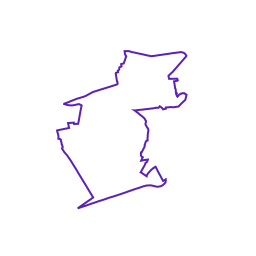 Xaloztoc, Tlaxcala, Mexico (orthographic projection), rotated 311°
{"feature_id": "50627088B11287751842327", "entity_name": "Xaloztoc", "entity_type": "district", "adm_level": 2, "iso_a3": "MEX", "parent_name": "Mexico", "parent_adm1": "Tlaxcala", "projection": "orthographic", "projection_center": [-98.026, 19.412], "detail": "fine", "context": "isolated", "style": "outline", "palette": "violet", "viewbox_px": 256, "rotation_deg": 311, "n_neighbors": 0, "source": "geoboundaries", "source_scale": "gbopen_adm2", "svg_char_len": 5585}
<svg xmlns="http://www.w3.org/2000/svg" viewBox="0 0 256 256"><g transform="rotate(311 128 128)"><path d="M34.4,142.7L34.8,143.0L43.3,148.0L44.7,148.8L46.1,149.6L47.4,150.3L49.0,151.3L49.9,151.8L53.7,154.0L54.3,154.4L56.4,155.7L59.6,157.6L63.0,159.5L65.6,161.2L68.2,162.8L73.6,166.0L76.2,167.5L78.8,169.0L79.0,169.1L81.1,170.3L87.4,173.9L89.8,175.4L92.2,176.8L93.1,177.3L94.0,177.8L94.8,178.4L96.3,179.4L96.9,179.9L97.7,180.7L98.3,181.3L98.9,182.0L99.3,182.4L99.7,182.9L100.8,184.8L101.1,185.4L101.5,186.1L101.7,186.7L102.4,187.9L102.6,188.3L102.9,188.6L103.5,189.3L103.9,189.6L104.4,190.0L104.8,190.4L105.3,190.7L105.9,191.0L106.3,191.2L106.7,191.4L107.3,191.6L108.2,191.8L108.5,191.8L109.1,191.9L109.6,192.0L110.4,192.0L111.5,192.0L111.8,191.9L111.9,191.7L112.1,191.6L112.3,191.5L112.4,191.4L112.7,191.2L112.9,191.1L113.1,191.0L113.3,190.8L113.6,190.6L113.8,190.4L114.0,190.2L112.2,189.6L111.6,189.4L111.1,189.2L111.7,187.5L112.0,186.8L112.3,185.9L113.0,184.2L113.7,182.2L115.0,178.8L115.4,177.8L116.0,176.4L116.2,175.8L116.5,175.1L116.8,174.6L116.9,174.3L116.9,174.2L116.6,174.1L116.3,174.0L115.7,173.8L115.4,173.7L115.1,173.6L114.8,173.7L114.6,173.7L114.3,173.5L114.0,173.3L113.7,173.3L113.1,173.3L112.8,173.2L112.5,173.1L112.0,173.0L111.5,173.0L110.9,172.9L110.6,172.9L109.7,173.0L109.3,172.9L108.2,172.9L106.8,172.9L106.5,172.9L105.8,173.0L105.4,173.1L104.1,173.5L103.8,173.7L103.6,172.4L103.5,171.0L103.2,168.8L103.1,167.8L103.0,167.4L103.0,167.1L102.9,166.6L103.8,166.5L104.3,166.4L105.3,166.1L106.4,165.9L107.8,165.6L108.4,165.5L108.9,165.4L109.7,165.3L110.8,165.0L111.2,164.9L111.6,164.8L112.0,164.7L112.9,164.2L113.1,164.1L114.5,164.6L115.3,164.4L115.8,164.3L117.2,163.7L116.9,163.4L115.8,162.5L115.5,162.2L115.0,161.7L114.0,160.9L113.6,160.6L112.0,159.4L115.1,158.4L115.6,158.4L115.7,158.2L115.5,157.8L115.3,157.4L115.4,157.2L115.6,156.3L115.6,156.1L115.7,155.8L116.8,154.9L118.0,153.9L118.2,154.2L118.3,154.3L120.1,153.9L121.8,153.5L123.8,153.0L124.2,152.9L125.2,152.6L125.4,152.3L126.0,151.8L126.3,151.6L126.8,151.5L127.7,151.1L127.9,151.0L128.4,150.8L129.0,150.6L129.3,150.4L129.9,150.3L130.1,150.3L130.4,150.3L130.5,150.4L130.7,150.5L131.3,150.9L131.4,151.0L131.6,150.9L132.2,150.3L132.6,149.8L133.3,149.3L133.8,149.0L135.9,147.3L137.6,146.2L138.2,145.8L138.7,145.5L139.2,145.3L139.4,145.2L139.6,145.0L139.9,144.6L140.3,144.1L140.6,143.4L140.8,143.1L140.9,142.9L140.9,142.6L140.9,142.2L141.0,142.0L141.6,140.3L141.7,139.9L142.2,138.9L142.5,138.5L142.8,138.3L143.1,138.1L143.7,137.9L144.2,137.7L144.8,137.2L145.0,137.1L145.1,136.9L145.4,136.1L145.4,135.7L145.5,135.2L145.8,134.8L146.0,134.4L146.1,131.1L145.9,128.2L145.9,124.9L145.7,123.7L145.8,122.7L145.6,121.4L146.1,122.0L149.9,125.4L151.5,127.0L152.7,128.0L152.9,128.2L154.3,129.5L155.7,130.8L155.8,130.8L157.1,132.1L157.4,132.3L158.7,133.4L158.9,133.8L160.1,134.7L160.6,135.1L161.7,135.9L161.9,136.2L163.4,137.8L164.0,137.8L165.2,137.7L165.4,139.9L165.5,140.0L165.2,141.9L165.1,142.2L167.4,143.9L168.3,143.1L168.8,143.6L169.3,144.0L170.0,144.8L170.7,145.5L171.6,146.2L172.2,147.0L172.8,147.9L173.6,148.8L177.3,152.0L182.5,152.3L186.8,152.8L191.5,150.4L191.5,149.9L191.3,149.5L191.2,149.3L191.2,149.1L191.2,148.6L191.2,148.4L191.3,148.2L191.3,147.9L191.2,147.6L191.1,147.4L190.6,147.1L190.5,146.8L190.3,146.6L190.1,146.3L189.8,146.2L189.6,146.1L189.2,146.0L189.0,145.8L188.7,145.7L188.4,145.4L188.2,145.3L188.2,145.2L187.6,145.1L187.4,145.0L187.1,145.0L186.9,144.9L186.5,144.8L186.2,144.8L185.9,144.8L185.4,144.8L184.7,144.8L184.1,144.8L184.2,144.1L185.0,142.5L185.4,142.1L185.7,142.3L185.9,142.3L186.1,142.3L186.2,142.2L186.3,142.1L186.3,141.9L185.9,141.4L186.2,141.2L186.7,140.3L187.1,140.0L187.5,139.6L187.8,139.4L188.5,138.5L188.8,137.9L188.8,137.6L189.3,137.1L190.0,136.2L191.8,134.2L193.4,132.1L194.4,132.9L194.8,133.2L196.4,134.4L196.5,134.4L197.2,133.4L197.5,132.8L192.1,126.8L192.3,126.6L192.4,126.3L193.8,124.4L194.0,124.3L198.0,124.7L199.3,124.9L199.8,124.9L202.6,124.9L209.4,124.9L217.6,124.9L219.9,124.9L220.5,124.8L220.8,124.7L221.0,124.3L221.1,123.8L221.2,123.4L221.4,121.9L221.5,121.7L221.2,120.5L220.7,119.4L219.8,117.9L218.4,116.7L215.6,114.3L215.6,114.2L213.2,112.1L210.0,109.4L206.9,106.7L203.8,104.0L200.7,101.4L197.5,98.5L195.7,95.4L194.6,93.3L193.7,91.6L191.5,87.7L189.4,83.8L187.8,81.0L186.6,78.2L183.8,75.0L181.7,77.3L181.0,79.6L180.7,79.8L180.4,79.7L178.1,80.8L173.9,82.4L171.7,80.9L170.2,82.7L168.2,81.7L166.2,83.0L164.5,82.8L163.6,83.9L161.7,82.7L161.0,83.0L159.5,84.9L157.7,87.0L156.0,89.1L156.1,89.4L155.1,90.6L154.4,91.2L154.1,91.3L152.1,90.2L144.6,85.6L142.7,84.4L138.2,81.6L136.2,80.4L135.4,79.9L134.4,79.3L132.6,78.2L132.2,78.0L131.7,77.8L130.8,77.4L127.3,76.1L124.6,75.1L123.7,74.7L121.2,73.2L118.8,71.7L117.6,70.9L116.4,70.2L113.6,68.7L112.8,68.3L112.1,67.9L109.1,66.4L106.7,65.2L104.9,64.1L104.4,63.9L104.2,64.0L105.1,66.1L106.2,68.2L106.3,68.3L107.3,69.7L108.3,70.9L109.2,71.8L110.0,72.3L110.7,72.9L113.8,75.2L114.2,76.4L114.6,77.5L114.6,77.8L114.6,78.2L111.7,79.8L106.8,82.7L104.6,84.0L101.0,86.2L98.4,87.6L95.6,84.6L95.9,84.1L96.5,83.6L92.4,79.5L89.4,83.5L80.5,76.7L79.6,76.1L78.6,77.4L77.0,79.9L76.1,81.0L75.1,81.8L74.5,82.3L74.2,82.5L74.6,83.3L74.9,83.5L75.0,84.0L75.1,84.4L75.2,84.9L75.0,85.2L74.6,85.5L74.3,85.7L74.0,86.1L73.8,86.6L73.6,87.1L73.1,87.7L72.7,88.1L72.4,88.3L72.2,88.6L72.1,89.0L72.0,89.3L71.8,89.7L71.3,90.3L71.1,90.9L70.8,91.2L70.5,91.4L70.0,91.5L69.6,91.5L69.3,91.5L68.0,95.7L67.4,100.0L65.9,105.9L64.2,111.4L62.5,116.9L60.5,122.9L56.6,135.3L54.6,141.4L53.0,146.4L52.7,147.3L45.8,145.6L34.4,142.7Z" fill="none" stroke="#5b21b6" stroke-width="2"/></g></svg>